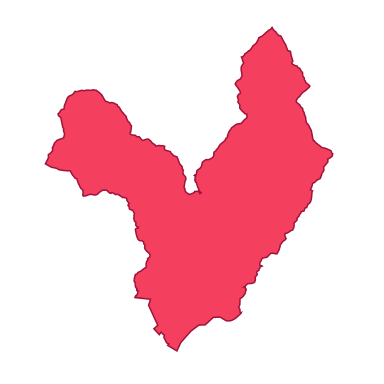 outline of Vanatori-Neamt, Neamt, Romania, rotated 85°
{"feature_id": "2599482B39139514259445", "entity_name": "Vanatori-Neamt", "entity_type": "district", "adm_level": 2, "iso_a3": "ROU", "parent_name": "Romania", "parent_adm1": "Neamt", "projection": "albers", "projection_center": [26.196, 47.223], "detail": "fine", "context": "isolated", "style": "filled", "palette": "rose", "viewbox_px": 384, "rotation_deg": 85, "n_neighbors": 0, "source": "geoboundaries", "source_scale": "gbopen_adm2", "svg_char_len": 5971}
<svg xmlns="http://www.w3.org/2000/svg" viewBox="0 0 384 384"><g transform="rotate(85 192 192)"><path d="M81.6,299.8L83.9,301.8L84.9,303.3L85.7,306.0L87.1,307.8L95.4,311.8L98.0,312.1L98.3,312.9L98.5,314.8L99.4,315.8L101.1,316.9L102.5,318.6L104.1,318.5L106.5,316.2L116.1,315.1L117.8,314.4L119.6,314.7L123.0,313.9L126.8,315.1L127.8,317.9L127.7,318.5L128.6,321.6L129.3,322.7L129.8,323.0L131.3,324.8L134.2,326.1L135.8,327.3L137.2,327.1L138.9,327.4L140.6,329.2L142.3,331.9L145.3,332.0L151.2,335.6L155.2,329.7L155.9,326.9L156.9,324.3L158.1,322.9L159.2,319.0L160.2,313.1L160.3,311.5L164.2,309.8L168.1,307.2L168.8,305.6L174.2,304.3L174.5,304.0L177.7,302.9L178.6,302.5L180.4,300.7L182.9,300.5L185.7,301.1L186.7,300.4L186.5,297.9L185.5,294.2L185.8,291.6L186.6,289.0L186.4,287.3L185.6,285.8L184.1,284.2L183.6,282.9L182.5,281.4L182.7,277.2L183.0,276.7L185.7,274.4L186.2,273.1L185.8,273.0L185.9,272.1L185.6,271.3L187.9,268.4L187.7,268.1L188.1,265.7L191.0,262.1L191.4,261.3L191.6,261.3L191.7,259.4L192.5,257.7L194.7,257.6L198.2,255.6L199.2,256.8L199.5,256.9L200.4,256.7L201.2,255.9L203.3,255.9L203.9,255.3L205.1,252.9L205.7,252.4L208.4,251.2L210.1,251.9L211.3,251.8L213.1,252.3L216.3,251.8L217.3,250.5L219.7,250.9L220.5,250.8L221.7,249.8L222.5,248.4L223.3,248.9L223.2,250.0L223.9,251.4L224.5,251.7L229.5,251.2L233.8,250.2L235.5,249.0L235.9,248.4L236.1,246.5L237.3,244.6L239.6,244.5L241.1,243.4L243.1,244.1L244.4,243.9L246.8,242.5L249.8,239.7L251.5,239.3L253.1,239.9L254.5,242.1L255.7,241.9L257.5,243.3L259.9,244.1L262.8,244.1L264.8,247.6L266.1,249.4L267.4,252.7L269.0,254.3L269.2,255.6L273.4,257.1L274.9,257.1L275.6,257.5L277.8,256.5L281.5,256.6L284.0,255.2L284.2,255.5L285.3,255.7L285.9,254.4L286.4,254.8L287.7,254.8L290.5,256.3L290.3,256.6L290.3,257.0L291.8,257.6L292.1,258.7L295.2,242.7L301.1,245.1L321.8,237.7L324.9,241.9L331.3,237.0L328.9,234.9L331.4,233.1L332.1,232.0L334.4,232.7L340.1,230.4L341.4,228.4L342.7,229.6L349.0,220.9L341.0,216.3L330.4,205.1L325.2,196.8L325.5,190.5L318.6,181.4L319.0,179.7L318.7,178.2L319.1,177.1L318.9,175.1L323.3,169.1L323.7,165.4L323.3,163.4L321.7,159.7L317.3,153.9L316.3,153.3L316.5,154.1L316.0,154.6L313.3,154.5L310.5,155.4L308.5,154.2L302.4,153.4L301.3,151.1L300.0,149.8L297.9,148.0L295.0,147.1L294.6,146.6L293.3,146.6L292.7,147.4L291.4,147.2L291.2,148.5L290.8,147.6L289.3,146.1L288.2,144.4L288.3,140.6L288.0,139.1L287.3,137.5L285.2,136.5L282.3,136.6L280.7,134.8L279.6,134.1L278.2,134.6L277.3,134.4L276.7,133.9L275.9,132.2L275.2,132.1L272.9,130.6L272.3,129.9L271.9,128.6L271.4,129.3L271.0,130.7L270.0,130.8L268.1,130.5L267.2,129.6L264.2,127.9L263.7,125.3L263.6,123.5L263.2,122.5L260.0,119.0L260.1,116.7L261.0,113.6L260.9,112.6L257.4,110.4L253.7,108.9L252.8,109.0L249.7,106.3L248.8,105.2L248.2,103.9L246.7,102.3L243.5,103.4L241.7,102.9L241.3,102.0L241.3,101.2L241.0,100.2L239.0,96.6L238.7,95.1L236.0,93.5L231.8,93.0L229.5,90.1L228.3,89.6L227.1,89.6L225.4,87.5L224.1,87.0L222.2,85.3L221.0,84.8L220.7,82.1L217.8,80.8L217.5,79.1L214.5,77.7L213.3,75.7L211.5,74.5L208.6,73.5L202.4,72.4L201.4,71.8L200.1,73.8L196.5,71.9L193.8,71.1L193.3,69.2L191.3,66.9L189.6,62.9L188.9,62.5L187.8,62.5L187.0,61.6L185.1,61.2L182.0,58.7L178.6,58.7L173.9,54.0L171.0,53.9L170.5,52.2L168.8,49.5L168.2,49.0L166.9,48.9L166.4,48.4L165.5,49.3L163.7,49.7L162.8,50.2L160.2,55.0L159.6,56.6L159.6,57.5L158.8,59.0L156.5,61.2L156.0,62.2L154.9,62.9L153.8,64.4L151.4,65.9L151.4,66.5L151.0,66.8L141.1,67.8L134.6,70.5L133.9,71.4L132.9,71.9L130.2,72.3L127.2,72.3L124.6,73.2L122.7,73.4L120.2,74.5L118.8,74.4L117.9,74.9L116.8,76.1L114.4,77.2L112.0,79.8L111.0,80.2L109.9,80.1L107.5,78.4L106.1,76.3L104.8,75.4L102.5,73.0L100.7,69.8L97.9,66.3L97.0,65.4L96.5,65.4L92.8,69.2L91.5,69.4L89.9,70.3L88.2,70.2L86.3,71.5L82.5,71.5L81.2,72.6L78.1,73.9L77.7,75.4L75.8,76.2L74.9,78.6L72.7,81.5L71.9,81.4L70.5,80.1L64.3,81.4L60.8,81.6L60.0,82.3L59.8,83.8L59.2,84.4L53.0,86.0L51.4,87.0L44.9,89.6L44.0,90.4L43.7,91.9L43.3,92.2L40.9,94.1L39.8,94.5L37.5,96.8L35.0,97.9L36.7,99.4L37.4,100.7L37.5,101.7L38.6,102.6L39.0,103.6L42.7,108.3L44.1,112.0L46.2,112.9L49.6,115.3L51.8,118.7L53.6,119.8L56.2,122.4L56.2,123.1L58.1,125.6L59.0,127.4L60.1,127.8L61.4,129.2L61.8,131.0L64.3,130.2L66.3,130.0L67.9,129.2L69.8,130.8L71.9,132.1L74.8,132.4L79.7,132.0L81.2,132.3L83.7,134.1L85.0,137.1L86.8,138.8L88.3,139.6L94.6,135.9L96.8,135.1L97.9,135.3L98.8,137.1L100.7,138.5L104.0,137.8L105.5,138.0L106.3,138.5L109.2,136.8L112.8,137.1L116.5,134.4L116.9,133.7L118.5,132.7L119.3,130.6L122.7,130.7L124.6,133.5L128.0,137.1L128.2,141.1L128.6,142.3L131.7,147.2L132.7,147.7L134.9,149.8L139.2,151.8L140.4,151.8L141.6,153.6L143.8,154.9L147.1,159.8L151.3,162.9L151.7,163.9L153.0,164.6L154.3,166.7L157.5,167.1L159.1,168.0L159.9,169.1L161.2,172.5L161.0,175.5L161.6,176.3L162.2,177.7L163.5,179.2L167.5,180.4L169.3,182.2L170.4,184.3L171.3,185.3L174.9,186.2L175.1,186.6L175.1,187.4L175.6,188.1L176.0,186.8L176.7,186.9L176.8,187.3L177.6,187.8L179.9,187.5L180.0,188.1L182.2,187.7L182.1,187.2L182.6,187.0L187.8,185.8L192.5,184.2L193.5,182.9L194.4,184.2L191.7,185.6L191.7,189.3L192.8,189.9L194.4,194.9L194.2,195.2L193.8,195.2L192.2,197.6L190.3,198.7L187.9,198.9L186.5,199.5L181.0,198.1L178.7,196.9L176.4,197.1L173.7,199.1L171.0,199.4L169.5,198.7L167.4,199.8L165.8,199.6L162.9,201.8L155.8,203.8L154.4,206.8L151.2,209.6L149.8,210.1L148.5,213.8L147.4,215.6L146.1,215.8L144.5,215.2L144.0,215.3L143.3,217.3L143.2,219.0L142.8,220.3L142.9,222.5L143.2,223.5L143.0,224.0L141.7,224.8L139.7,227.3L137.4,228.8L136.9,229.7L136.0,230.1L135.5,231.1L135.3,232.3L136.3,236.1L136.0,237.2L132.3,239.8L132.2,240.5L132.5,241.8L130.6,243.5L130.0,246.6L128.8,248.5L127.4,248.7L127.0,248.4L126.7,247.7L120.7,246.5L119.3,247.6L117.8,247.9L116.0,249.6L113.2,250.7L110.9,251.0L108.0,253.4L107.0,253.8L105.8,255.0L101.2,257.1L100.2,258.4L98.6,258.9L96.7,261.9L95.8,264.2L96.1,265.8L93.8,270.5L87.4,273.4L84.7,275.8L82.1,278.8L82.2,280.0L81.5,281.3L81.9,283.5L81.3,288.0L81.7,290.2L81.1,293.3L82.0,297.9L81.6,299.8Z" fill="#f43f5e" stroke="#9f1239" stroke-width="1.5"/></g></svg>